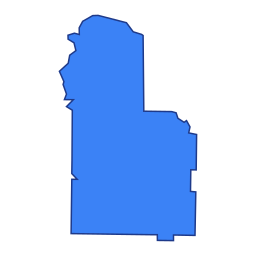 Worth, Georgia, United States of America
{"feature_id": "52423323B78408762151605", "entity_name": "Worth", "entity_type": "district", "adm_level": 2, "iso_a3": "USA", "parent_name": "United States of America", "parent_adm1": "Georgia", "projection": "robinson", "projection_center": [-83.867, 31.583], "detail": "fine", "context": "isolated", "style": "filled", "palette": "blue", "viewbox_px": 256, "rotation_deg": 0, "n_neighbors": 0, "source": "geoboundaries", "source_scale": "gbopen_adm2", "svg_char_len": 682}
<svg xmlns="http://www.w3.org/2000/svg" viewBox="0 0 256 256"><path d="M92.7,15.6L82.7,21.3L79.2,27.8L79.3,34.5L74.4,33.2L68.0,35.2L68.1,39.2L74.0,42.8L75.9,50.6L69.7,55.2L68.2,63.3L59.4,71.3L63.9,81.6L63.1,84.5L66.5,94.1L64.4,99.6L73.3,99.7L66.5,106.6L72.3,110.2L72.0,160.2L71.8,173.6L77.2,179.3L71.8,179.3L71.7,187.3L71.1,233.6L151.3,234.7L157.3,234.7L157.4,240.4L173.5,240.6L173.5,235.0L195.0,235.4L195.8,191.9L190.5,191.4L190.8,169.8L196.2,169.9L196.6,134.5L188.7,132.9L190.0,126.9L186.5,120.6L184.1,122.3L177.9,118.3L176.1,112.8L171.7,111.6L143.8,111.2L143.1,35.5L141.6,34.4L133.2,31.8L126.4,22.7L98.1,15.4L92.7,15.6Z" fill="#3b82f6" stroke="#1e3a8a" stroke-width="1.5"/></svg>